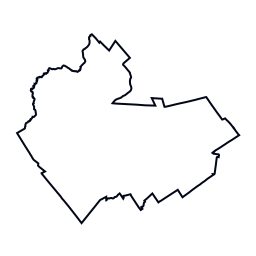 Scurtu Mare, Teleorman, Romania (Albers equal-area conic projection), rotated 269°
{"feature_id": "2599482B34296356322698", "entity_name": "Scurtu Mare", "entity_type": "district", "adm_level": 2, "iso_a3": "ROU", "parent_name": "Romania", "parent_adm1": "Teleorman", "projection": "albers", "projection_center": [25.289, 44.364], "detail": "fine", "context": "isolated", "style": "outline", "palette": "ink", "viewbox_px": 256, "rotation_deg": 269, "n_neighbors": 0, "source": "geoboundaries", "source_scale": "gbopen_adm2", "svg_char_len": 5552}
<svg xmlns="http://www.w3.org/2000/svg" viewBox="0 0 256 256"><g transform="rotate(269 128 128)"><path d="M117.8,237.3L118.9,239.0L119.9,238.1L123.3,235.6L124.0,235.1L124.4,234.9L126.4,233.7L126.2,233.5L126.4,233.4L127.7,232.5L131.2,229.8L131.5,229.4L132.6,228.5L134.6,226.4L135.9,225.3L134.8,222.6L134.8,222.4L134.9,222.2L139.0,219.4L140.4,218.4L142.9,216.6L144.7,215.4L150.1,211.7L157.4,206.9L157.6,206.7L156.0,200.0L154.7,194.7L154.4,193.2L152.8,186.1L152.8,185.9L151.2,177.8L149.0,168.0L148.6,165.7L148.5,165.1L148.6,164.8L156.7,162.7L156.7,161.8L156.8,160.6L157.5,152.3L149.9,155.7L150.4,145.3L151.2,136.8L152.6,116.8L152.9,113.6L153.0,113.0L154.3,114.0L156.2,115.8L156.5,116.4L157.3,117.9L157.6,119.3L158.6,121.7L158.7,122.0L159.3,122.6L160.0,123.5L160.7,125.2L161.0,125.8L163.4,128.9L164.5,130.5L165.4,131.3L166.1,131.7L167.1,132.0L168.0,132.1L169.7,131.7L171.7,130.9L174.7,130.7L175.4,130.8L177.2,131.2L177.4,131.2L178.2,131.9L178.8,132.0L180.4,131.6L182.9,130.8L183.1,130.9L184.5,130.0L185.5,129.1L189.2,126.2L191.3,124.2L192.3,124.4L192.7,124.6L198.1,131.1L215.3,116.9L205.8,110.5L210.7,105.6L214.9,101.6L213.8,100.8L218.4,97.2L222.3,93.5L222.1,93.2L221.7,92.3L221.3,91.8L220.9,91.8L220.4,91.9L220.3,91.3L219.8,90.9L219.1,90.6L218.6,90.6L217.8,90.8L217.5,90.6L216.2,91.1L215.1,91.1L213.5,91.0L212.8,90.8L211.8,90.3L211.4,90.1L211.2,89.8L210.7,89.5L209.6,88.4L209.0,87.7L208.7,87.0L208.2,86.6L208.0,86.4L207.9,86.3L207.7,85.9L207.6,85.4L207.1,84.7L206.9,84.6L206.5,84.5L206.1,84.0L205.2,83.9L204.5,84.1L202.8,84.3L199.7,84.5L198.2,85.3L197.0,86.1L195.5,86.5L195.3,86.4L194.8,86.1L194.5,86.0L193.8,85.5L193.5,85.0L191.4,82.8L190.8,82.3L189.8,81.8L189.8,81.6L189.3,81.7L189.1,81.8L188.3,81.4L188.2,81.5L187.9,81.6L187.7,81.5L187.4,81.1L187.0,81.0L186.7,80.5L186.4,80.8L186.2,80.5L186.0,80.2L185.8,79.5L185.1,78.8L185.0,78.4L185.1,78.2L185.6,77.5L185.8,77.2L185.8,76.9L185.5,76.2L185.9,75.1L185.9,74.3L186.1,73.6L186.1,73.1L186.7,72.8L186.8,72.3L186.9,72.2L187.5,71.6L187.6,71.2L187.9,70.9L189.0,69.6L189.4,68.6L189.9,68.2L191.2,66.0L191.6,64.9L191.6,64.5L191.0,63.7L190.4,63.3L189.1,62.7L188.8,62.3L188.7,62.1L189.0,60.3L189.1,59.1L188.1,56.6L188.0,55.7L188.4,54.4L188.3,54.1L188.1,53.6L188.1,53.3L188.5,52.2L189.0,51.3L189.2,50.5L189.1,50.2L188.2,49.7L187.7,49.6L187.2,49.7L187.0,49.0L186.4,49.3L186.2,49.3L185.7,49.1L185.2,48.6L184.6,48.4L184.4,48.0L183.8,47.2L184.3,47.0L184.3,46.9L184.2,46.5L183.9,46.0L184.1,45.5L184.0,44.9L183.8,44.8L183.2,45.2L182.9,45.0L182.9,44.6L182.0,44.1L181.3,43.1L180.6,42.9L180.3,42.6L180.3,42.4L180.7,42.1L180.6,41.6L180.4,41.3L180.4,41.1L180.4,40.9L180.7,40.5L180.7,40.3L180.6,40.1L180.3,40.1L180.3,39.8L180.0,39.6L180.0,38.9L179.8,38.6L179.9,38.3L179.6,38.0L179.3,37.8L179.2,38.1L178.3,37.7L178.2,37.8L178.1,38.2L177.8,38.3L177.6,38.2L177.3,37.6L177.0,37.4L176.8,37.5L176.9,37.9L176.7,38.0L175.9,37.7L175.5,37.2L175.1,37.2L174.9,37.0L174.5,37.1L174.3,37.1L174.2,36.6L173.8,36.3L173.9,35.9L173.9,35.6L173.5,35.8L173.2,35.5L172.9,35.5L172.8,35.2L172.5,35.1L172.4,34.9L171.9,34.7L171.8,34.1L171.7,34.0L171.3,34.0L171.3,34.7L171.2,34.9L170.5,34.8L169.5,34.3L169.3,33.7L168.9,33.3L168.8,33.1L169.0,32.6L169.1,32.3L169.0,32.1L168.9,32.1L168.5,32.3L168.5,31.7L167.5,31.5L167.0,31.5L166.4,31.8L166.1,32.1L166.0,32.3L165.9,33.0L165.6,33.2L165.3,33.4L164.7,33.3L164.1,33.5L163.7,33.3L163.3,33.3L162.6,33.0L161.7,33.2L161.4,33.0L160.7,33.1L160.5,33.4L160.5,33.7L160.5,33.8L160.3,33.9L160.2,33.8L160.2,33.5L159.8,33.6L159.5,34.1L159.5,34.5L158.9,35.0L157.9,35.0L156.7,34.4L155.8,34.3L155.0,33.9L154.3,34.2L153.9,33.9L153.8,33.5L153.4,33.4L151.6,34.2L150.7,34.5L150.1,34.5L148.9,34.4L148.3,34.5L148.2,34.6L147.8,35.4L147.3,35.7L143.9,36.2L143.1,36.2L142.5,36.0L142.1,35.7L141.6,34.9L141.1,34.6L140.8,34.3L140.7,33.7L140.8,33.4L140.9,32.8L140.3,32.7L140.0,32.4L139.6,32.2L139.0,31.7L138.7,30.9L138.1,31.0L138.0,30.6L137.6,30.2L137.2,30.3L136.9,30.2L136.8,29.7L136.4,29.3L136.6,29.0L136.5,28.8L136.3,28.4L135.4,27.8L134.6,26.1L132.9,25.4L131.6,25.5L130.8,25.0L129.6,24.9L129.2,24.7L124.9,17.0L112.4,24.4L104.2,29.4L103.5,29.7L102.4,30.5L99.4,32.1L98.0,33.0L97.2,33.9L94.2,37.7L92.3,37.4L92.0,37.4L91.7,37.6L90.1,39.3L86.0,44.3L84.3,40.8L83.8,41.0L74.3,48.5L60.4,59.7L58.6,60.8L57.3,62.0L50.5,67.4L38.4,76.5L35.6,78.5L35.3,78.7L35.1,79.0L33.7,79.9L56.3,98.7L56.5,98.9L56.9,99.7L59.6,105.0L56.1,105.0L56.2,105.3L57.0,105.7L57.4,106.0L58.1,106.8L58.1,107.1L57.8,107.7L57.8,108.0L58.2,109.0L58.3,110.1L58.3,110.4L57.9,111.2L57.9,111.7L57.9,112.2L58.3,112.7L58.8,113.0L59.2,113.5L59.3,113.7L59.3,114.4L59.6,115.4L61.4,116.8L61.5,117.1L61.9,117.4L62.4,118.2L62.7,118.5L62.1,119.0L57.4,122.0L58.1,122.4L58.8,122.5L60.2,122.4L60.3,123.1L60.6,124.7L61.7,129.3L61.2,129.6L60.4,129.9L59.9,130.1L48.2,137.5L45.8,139.3L46.9,141.0L48.7,139.9L49.1,140.6L49.1,141.0L49.1,141.3L49.8,142.0L50.3,142.2L51.7,142.4L53.1,142.7L53.4,143.0L53.5,143.2L53.8,143.3L54.0,143.7L55.1,143.1L56.8,145.3L62.1,151.2L53.1,157.1L54.0,158.3L54.7,159.7L61.2,170.0L65.3,176.7L57.8,181.3L58.9,182.8L62.8,188.4L64.6,190.7L68.5,196.2L70.4,199.2L71.9,201.1L73.5,203.6L75.9,206.7L79.7,212.5L80.4,212.1L80.3,213.5L80.7,213.8L90.3,215.3L93.4,215.7L97.2,216.3L97.4,216.5L97.5,216.8L97.3,218.1L97.8,218.1L98.7,218.5L99.0,218.5L99.9,218.3L100.1,218.1L100.3,216.0L100.6,214.8L100.7,213.3L100.9,213.1L101.5,213.3L101.8,213.3L101.3,212.9L101.3,212.7L101.4,212.2L101.8,212.3L102.2,212.7L102.8,213.5L102.8,213.4L104.3,215.4L105.5,217.6L107.8,221.3L108.9,223.0L110.6,225.7L112.0,227.8L114.4,231.9L116.7,235.5L117.8,237.3Z" fill="none" stroke="#020617" stroke-width="2"/></g></svg>